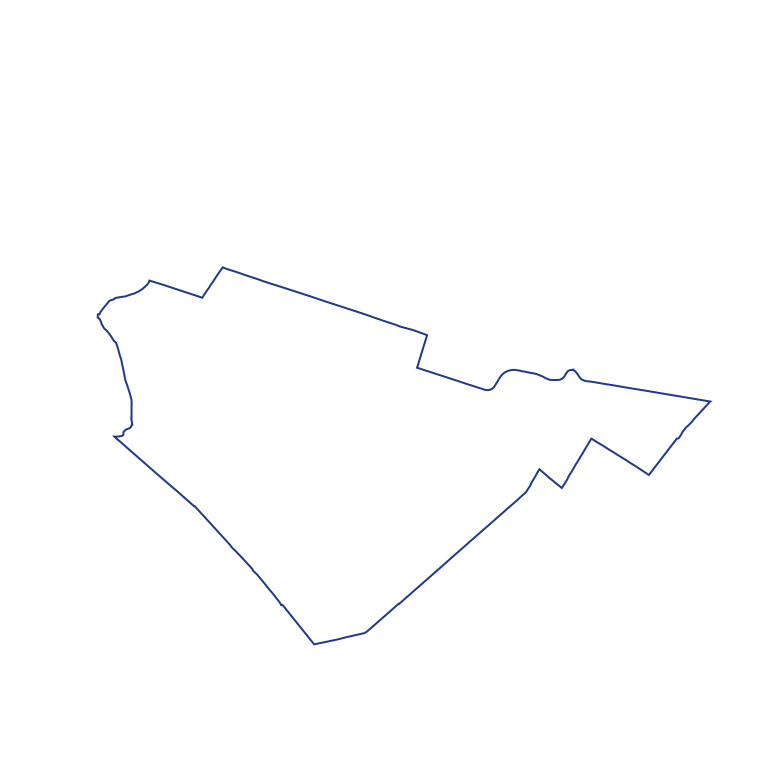 Priseaca, Olt, Romania (Albers equal-area conic projection), rotated 231°
{"feature_id": "2599482B1273612422996", "entity_name": "Priseaca", "entity_type": "district", "adm_level": 2, "iso_a3": "ROU", "parent_name": "Romania", "parent_adm1": "Olt", "projection": "albers", "projection_center": [24.461, 44.502], "detail": "fine", "context": "isolated", "style": "outline", "palette": "blue", "viewbox_px": 768, "rotation_deg": 231, "n_neighbors": 0, "source": "geoboundaries", "source_scale": "gbopen_adm2", "svg_char_len": 6070}
<svg xmlns="http://www.w3.org/2000/svg" viewBox="0 0 768 768"><g transform="rotate(231 384 384)"><path d="M146.6,532.6L157.3,577.4L157.0,577.6L156.7,578.0L156.5,578.5L156.5,579.2L156.7,580.0L157.2,581.7L157.7,583.4L158.5,584.7L158.7,585.6L159.2,587.3L159.6,589.0L160.0,590.6L160.2,591.2L160.3,594.7L160.6,597.2L160.9,599.9L161.5,602.1L161.9,604.5L165.1,626.4L165.1,626.5L176.5,616.4L178.2,614.9L184.1,609.7L188.4,605.9L192.7,602.1L199.3,596.2L204.2,591.9L213.3,583.9L224.9,573.5L235.7,564.0L240.0,560.2L241.9,558.5L244.3,556.3L246.6,554.3L251.0,550.4L255.4,546.5L258.0,543.9L258.8,543.2L259.5,542.6L260.1,542.1L260.6,541.8L261.2,541.4L262.0,541.0L262.9,540.7L263.7,540.4L264.9,540.2L265.9,540.2L266.6,540.3L268.2,540.4L269.9,540.6L270.8,540.7L271.8,540.6L272.9,540.6L273.5,540.6L274.2,540.5L274.7,540.3L275.2,540.1L275.6,539.8L276.2,539.4L276.8,538.8L276.9,538.5L277.0,538.4L277.0,538.5L277.3,538.0L277.8,537.1L277.9,536.7L278.0,536.3L278.1,535.9L278.2,535.6L278.2,534.9L278.2,534.5L278.0,533.8L277.9,533.2L277.2,531.2L276.6,529.5L276.5,529.1L276.3,528.7L276.3,528.4L276.1,527.7L276.1,527.2L276.0,526.5L276.0,525.9L276.1,525.5L276.2,525.0L276.4,524.1L276.6,523.6L276.9,523.0L277.3,522.3L277.6,521.9L278.3,520.9L279.5,519.4L281.2,517.3L281.9,516.5L282.7,515.7L283.2,515.3L283.6,515.1L284.3,514.7L286.8,513.2L287.8,512.8L288.4,512.6L289.3,512.3L290.6,511.7L293.0,510.4L293.4,510.1L294.6,509.5L295.0,509.3L295.7,508.8L296.6,508.1L297.7,507.3L301.9,503.7L303.3,502.5L304.5,501.5L310.2,496.8L312.1,495.1L313.1,494.0L313.9,493.0L314.7,491.6L315.3,490.5L315.9,489.2L316.3,488.2L316.5,487.3L316.8,486.3L317.0,485.3L317.0,484.4L317.0,483.4L317.0,482.6L316.9,481.8L316.7,480.7L316.6,479.9L316.5,479.6L316.5,479.4L316.3,478.7L315.7,477.0L315.0,475.0L313.7,471.4L313.1,469.8L312.7,468.5L312.5,468.0L312.4,467.3L312.2,466.6L312.2,466.0L312.3,465.4L312.3,464.9L312.4,464.3L312.6,463.5L312.9,462.7L313.0,462.3L313.6,461.3L314.1,460.6L314.4,460.2L314.7,459.8L315.1,459.5L315.6,459.0L316.0,458.7L317.5,457.8L321.2,455.4L327.0,451.6L331.6,448.6L334.4,446.8L341.4,442.3L357.6,431.8L373.4,421.5L375.9,419.9L376.4,420.8L394.7,448.0L394.8,448.2L395.1,448.1L405.3,442.0L409.5,439.2L416.8,433.9L417.4,433.4L419.6,432.0L421.3,431.2L423.2,430.0L430.1,425.5L433.7,423.2L438.6,420.2L438.8,420.0L448.0,414.4L460.0,406.7L484.6,390.7L498.0,382.2L523.4,365.7L532.6,359.6L539.5,355.1L545.0,351.8L554.7,345.5L564.2,339.6L570.8,335.2L575.8,332.2L576.1,332.1L576.0,331.5L575.5,330.0L575.2,328.7L575.0,327.9L574.5,326.2L574.2,325.3L573.8,323.8L573.4,322.6L573.0,321.2L572.6,320.0L571.9,317.9L571.4,316.2L571.0,315.1L570.8,314.2L570.4,312.6L569.5,309.9L568.9,308.5L568.4,306.4L567.6,303.7L567.2,302.4L567.0,301.6L566.4,299.9L565.4,297.1L599.1,275.4L612.0,266.8L611.1,265.3L610.4,263.6L609.9,257.6L609.9,255.2L610.5,251.0L611.5,246.8L612.4,244.9L614.8,238.3L619.1,230.9L620.0,228.8L619.7,227.6L620.4,225.9L620.7,225.3L621.2,224.1L621.4,222.8L620.9,220.4L620.5,218.4L620.3,217.7L620.2,216.7L619.9,215.2L619.6,214.1L619.4,213.2L619.2,212.2L618.9,211.1L618.7,210.2L618.4,209.0L618.0,208.2L617.2,206.6L618.2,205.8L618.0,205.4L617.5,204.8L616.9,204.3L616.3,203.9L616.0,203.4L615.2,203.4L614.4,203.6L613.9,204.0L612.8,203.8L612.1,203.6L611.1,203.4L610.4,203.2L609.5,202.9L608.7,202.4L608.0,202.1L606.8,202.2L605.9,201.9L604.9,201.7L604.2,201.6L603.5,201.6L601.8,201.7L600.7,202.1L599.7,202.1L598.7,202.1L597.8,202.1L596.9,202.1L593.3,201.9L591.3,201.7L590.2,201.6L588.5,201.3L587.7,201.2L586.7,201.5L585.2,201.6L584.6,201.6L584.1,201.4L583.6,201.3L582.9,201.1L582.0,200.8L580.4,200.1L579.5,199.8L577.5,199.0L575.6,198.0L573.6,197.2L571.9,196.4L571.1,196.2L570.5,195.9L569.8,195.7L569.4,195.6L569.1,195.4L568.5,195.2L568.0,195.0L566.9,194.4L566.3,194.1L565.7,193.7L563.2,192.4L561.9,191.8L559.0,190.4L558.2,190.0L556.4,188.9L555.3,188.4L554.4,187.9L553.5,187.4L552.6,186.9L551.1,186.0L550.5,185.7L549.9,185.5L546.4,184.2L544.5,183.6L542.6,182.8L540.4,182.0L538.3,181.2L537.9,181.0L534.2,179.4L533.0,178.9L532.2,178.5L530.5,177.7L530.3,177.5L529.8,177.2L528.7,176.4L527.3,175.3L526.1,174.3L524.3,172.7L522.0,170.9L517.4,167.1L516.4,166.3L516.5,166.1L516.1,165.8L515.3,165.3L513.9,164.6L512.9,164.0L512.3,163.7L512.0,163.5L511.6,163.1L511.2,162.9L510.9,162.7L510.6,162.7L510.7,161.9L510.5,161.3L510.1,160.6L509.8,159.7L509.7,159.1L509.8,158.4L510.1,157.7L510.3,157.1L510.5,156.3L510.7,155.6L510.9,154.7L511.0,154.3L510.9,153.0L510.7,151.9L510.3,151.0L509.5,150.3L508.6,149.5L508.5,149.1L508.5,148.6L508.7,147.3L509.2,146.7L509.7,145.7L510.0,145.0L510.6,144.2L511.7,142.7L512.8,141.4L510.7,141.6L508.1,142.1L505.6,142.6L494.5,144.5L488.6,145.5L483.0,146.5L478.3,147.3L473.1,148.2L466.8,149.3L461.9,150.1L456.8,151.0L447.4,152.7L443.5,153.4L439.2,154.2L435.7,154.8L434.7,155.0L431.2,155.7L426.4,156.5L420.5,157.5L416.5,158.2L412.1,158.9L408.4,159.5L408.2,160.0L355.9,163.1L353.3,162.9L350.1,163.2L348.2,163.5L347.2,163.6L338.1,164.3L332.2,164.7L327.8,165.0L322.9,165.2L321.4,164.7L318.0,165.2L315.1,165.5L311.1,165.5L305.2,165.6L301.9,165.6L296.7,165.5L291.9,165.7L285.9,165.6L280.6,165.5L278.6,165.3L276.8,165.0L276.2,166.1L225.6,165.9L218.9,179.0L216.4,183.8L213.4,189.9L211.4,194.4L206.4,204.6L202.9,211.6L202.4,213.7L202.5,220.6L202.7,224.9L204.0,257.1L203.6,257.2L206.1,319.6L206.7,331.8L207.0,340.7L207.2,345.7L207.5,351.7L207.8,360.0L208.2,369.7L208.5,378.2L209.0,390.8L209.2,396.0L209.5,400.8L209.6,405.9L209.9,414.6L210.4,422.1L210.4,424.5L210.5,426.1L211.8,429.8L212.8,433.3L214.0,435.7L215.1,438.2L216.3,441.5L217.5,444.8L218.7,447.6L220.0,451.1L217.7,451.5L215.1,452.0L213.0,452.4L211.4,452.8L208.8,453.1L206.1,453.6L204.2,454.0L198.3,455.2L195.5,455.9L191.3,456.7L191.7,458.0L192.4,460.2L192.9,461.6L193.7,464.0L194.0,464.8L194.6,466.4L195.3,467.9L196.0,469.4L197.0,472.2L198.2,475.7L199.5,479.1L200.8,482.4L201.8,485.5L204.2,492.0L205.4,495.6L206.4,498.1L208.9,504.9L209.9,507.7L211.0,510.8L208.5,511.7L204.3,513.1L199.8,514.8L193.6,516.9L189.9,518.1L186.5,519.4L182.8,520.6L172.8,524.1L171.7,524.5L170.1,525.0L167.5,525.8L162.5,527.6L146.6,532.6Z" fill="none" stroke="#1e3a8a" stroke-width="2"/></g></svg>